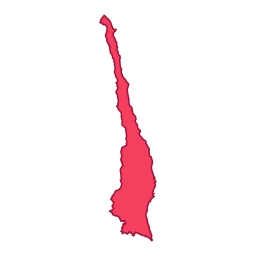 Valea Mare Pravat, Arges, Romania
{"feature_id": "2599482B14695579023436", "entity_name": "Valea Mare Pravat", "entity_type": "district", "adm_level": 2, "iso_a3": "ROU", "parent_name": "Romania", "parent_adm1": "Arges", "projection": "orthographic", "projection_center": [25.103, 45.372], "detail": "fine", "context": "isolated", "style": "filled", "palette": "rose", "viewbox_px": 256, "rotation_deg": 0, "n_neighbors": 0, "source": "geoboundaries", "source_scale": "gbopen_adm2", "svg_char_len": 5888}
<svg xmlns="http://www.w3.org/2000/svg" viewBox="0 0 256 256"><path d="M149.9,238.5L151.6,240.6L152.2,240.3L152.1,239.7L151.3,239.1L151.2,238.8L151.5,238.6L151.6,237.6L151.4,236.8L151.5,236.3L151.9,235.6L151.4,235.0L151.0,233.5L150.2,232.6L150.2,232.4L150.6,232.1L149.3,229.0L149.3,227.6L149.2,226.8L148.6,225.8L148.3,224.2L147.8,223.3L147.6,222.8L147.2,222.6L147.4,222.2L147.3,221.8L147.4,220.4L147.2,220.2L146.5,217.2L145.8,215.2L146.0,213.3L146.4,213.0L146.6,212.2L147.2,211.0L147.4,206.7L147.7,205.5L148.1,204.9L148.6,203.5L149.0,201.6L150.1,201.7L150.3,201.6L150.5,201.3L150.5,200.3L150.7,200.1L151.0,199.3L152.9,197.3L153.7,196.9L154.0,196.5L154.1,196.3L153.3,195.5L152.5,194.2L153.2,193.9L152.5,193.8L153.9,188.7L155.5,185.5L154.8,183.2L154.4,182.7L155.7,182.1L155.9,181.6L153.8,178.5L154.8,178.2L154.7,177.7L154.8,177.5L153.7,176.5L153.8,176.3L152.1,171.3L152.1,170.6L151.6,170.2L151.4,169.3L151.7,168.4L151.5,167.8L151.4,166.4L152.0,164.6L152.4,162.5L152.2,160.3L151.5,158.5L151.2,156.9L150.9,156.7L149.9,156.0L149.2,155.5L149.3,154.7L149.0,150.4L149.1,149.8L149.4,149.2L149.3,148.8L147.4,146.2L146.9,144.8L146.5,144.4L145.9,143.2L146.0,142.4L145.8,141.4L141.7,137.8L140.9,136.5L140.1,135.8L139.2,134.4L139.1,134.2L139.4,133.4L139.2,133.1L139.4,132.4L140.3,131.8L140.3,130.5L138.1,128.6L137.5,127.2L137.5,125.0L136.8,124.3L136.8,124.0L136.3,123.7L136.0,122.6L135.3,122.1L135.2,121.0L136.0,119.0L135.6,116.9L134.4,115.1L133.6,114.5L132.8,112.9L132.6,111.7L132.2,111.1L132.4,109.9L131.8,108.7L131.8,108.4L132.0,107.9L131.9,107.7L129.8,105.4L129.1,104.1L128.8,101.9L128.9,99.9L128.7,98.3L128.2,96.5L128.0,94.9L127.6,93.7L127.7,92.5L127.1,91.0L127.3,89.2L127.5,88.9L127.6,87.7L128.0,86.9L128.6,84.8L128.7,84.0L126.7,81.9L125.4,79.5L123.8,78.0L122.9,76.6L122.6,76.1L122.2,74.5L121.4,73.2L121.3,72.5L121.5,71.6L121.2,70.8L121.2,70.3L121.5,69.5L121.6,69.1L120.8,67.8L120.4,66.8L120.1,65.2L120.1,63.8L119.8,62.7L120.0,61.7L119.7,60.3L119.7,59.4L120.2,58.1L120.0,56.3L119.7,55.4L118.8,55.0L118.1,53.9L118.0,53.1L118.2,52.6L117.9,51.7L117.6,51.4L117.6,50.8L117.1,49.8L116.9,49.1L117.0,48.4L117.4,47.7L117.6,47.0L116.6,46.2L116.7,45.0L116.6,44.4L116.7,43.6L116.5,42.1L115.5,40.7L115.0,39.3L115.0,38.7L113.4,36.2L113.1,35.1L113.3,34.3L113.4,32.8L113.5,32.5L114.6,31.8L115.6,30.7L115.9,29.9L115.9,29.4L114.7,29.7L112.9,28.6L112.6,27.9L112.5,27.3L111.8,26.0L111.7,25.4L110.6,22.5L109.7,20.9L108.9,20.1L108.8,19.7L108.3,19.1L106.2,17.6L106.1,17.1L105.6,16.6L104.1,15.4L103.3,16.7L101.9,18.1L100.8,20.1L100.6,20.6L100.5,21.9L100.2,22.2L100.1,22.7L100.4,22.9L101.8,22.9L102.1,23.4L102.7,24.2L103.7,24.6L105.0,24.7L105.8,25.3L107.0,27.1L107.1,29.2L106.6,32.4L105.6,34.9L105.7,36.3L106.9,39.4L106.8,40.7L107.0,41.3L107.8,42.9L108.0,43.5L109.3,45.5L109.4,46.7L109.8,47.0L109.9,48.5L109.8,49.3L110.2,50.4L110.3,52.4L110.5,52.9L111.7,54.2L112.4,56.1L112.6,57.9L112.9,58.5L113.5,59.0L114.0,60.1L114.1,60.8L113.9,61.7L114.7,63.0L114.8,63.5L114.4,64.4L115.3,68.4L114.9,69.6L114.4,72.0L115.3,74.2L115.6,76.2L116.2,77.0L116.7,78.2L117.2,78.7L117.7,80.0L117.4,81.6L117.0,82.3L116.5,82.4L116.2,82.8L116.5,82.9L116.7,83.4L116.8,83.4L117.0,83.9L117.4,85.7L117.1,85.9L117.5,86.1L117.5,86.7L117.9,87.6L117.9,88.4L117.2,90.0L116.9,90.0L116.7,90.6L116.5,91.0L116.3,91.1L116.4,91.5L116.2,91.8L116.1,92.5L116.2,92.9L117.0,94.1L117.1,94.6L117.5,95.4L117.9,98.4L118.4,100.5L118.2,102.3L118.0,102.7L117.8,105.5L117.6,106.0L116.9,106.1L116.6,106.3L117.7,107.3L117.9,108.2L118.3,109.2L120.8,112.1L121.4,113.4L121.5,114.8L121.2,115.8L121.5,116.9L121.4,117.2L121.5,118.1L121.9,119.4L122.2,119.9L122.2,122.5L121.9,124.0L122.3,125.1L122.9,125.9L124.3,126.9L124.9,127.7L125.5,127.9L125.5,128.2L125.9,129.1L125.8,130.4L126.1,131.1L125.9,131.5L126.2,132.1L126.2,133.2L126.4,133.7L126.6,135.2L126.4,135.9L126.6,136.7L126.0,138.3L126.0,139.0L126.5,140.3L126.6,140.8L126.6,142.8L126.4,143.7L126.6,144.2L126.5,145.2L126.3,145.5L125.4,145.8L124.5,146.6L123.0,146.8L122.5,147.2L121.6,148.6L121.5,149.3L121.8,149.7L121.7,150.0L121.2,150.6L121.0,151.3L120.9,151.8L120.9,152.4L121.5,153.8L121.5,155.2L121.8,156.2L121.5,157.3L120.8,159.0L121.2,159.6L121.1,160.5L121.5,160.3L121.6,160.5L121.6,161.2L121.9,161.9L121.8,162.4L122.2,164.1L122.5,164.4L122.7,164.9L123.1,165.1L123.1,165.3L122.0,166.4L120.6,168.7L120.4,169.6L120.3,170.6L120.8,172.8L121.0,173.2L120.8,173.6L120.9,174.3L121.2,175.0L121.0,175.8L121.0,176.8L121.5,178.7L121.0,179.6L120.6,179.8L120.9,180.1L120.6,180.7L121.4,183.1L121.8,183.4L121.9,183.9L120.7,187.8L118.0,190.3L117.6,190.4L117.3,190.3L115.4,191.0L115.2,191.3L114.5,193.5L113.2,195.1L112.5,195.5L112.6,195.8L112.0,196.9L112.1,197.6L111.2,198.2L111.3,198.6L110.9,199.2L111.9,200.1L112.0,200.7L112.4,201.0L113.5,202.4L114.0,202.6L113.1,204.5L112.3,205.7L112.6,205.7L112.5,206.7L112.7,207.1L113.6,208.5L112.8,209.3L111.9,210.1L110.1,210.9L110.5,211.2L110.3,211.4L110.6,211.4L111.2,212.3L112.1,212.8L112.0,213.0L112.1,213.3L112.6,213.9L112.6,214.2L112.7,214.6L115.2,215.7L115.9,215.9L116.5,215.8L117.0,216.2L118.1,216.2L118.9,216.7L118.9,217.2L119.4,217.8L119.6,217.9L119.8,218.5L120.1,218.6L120.1,219.1L120.0,219.3L120.4,219.7L120.5,220.1L121.0,221.2L122.4,220.9L122.7,221.3L123.3,221.2L124.0,220.6L124.6,220.7L124.2,221.6L125.2,222.2L125.2,223.0L125.5,223.5L123.2,223.9L123.1,224.7L123.9,224.9L123.0,225.9L121.9,227.5L122.7,228.3L122.1,228.8L122.0,229.7L121.7,230.5L121.1,231.2L121.8,231.3L122.2,232.6L122.3,232.3L122.7,232.3L123.1,232.1L123.2,232.4L123.0,233.2L124.5,232.6L125.4,232.8L126.3,233.4L126.9,233.7L127.1,234.0L128.6,232.9L128.4,232.8L128.7,232.3L129.3,231.9L130.5,232.1L130.8,232.3L131.0,233.2L131.3,233.4L132.1,233.4L132.4,233.7L132.6,234.8L132.5,235.3L133.5,235.7L134.0,235.6L133.9,235.2L135.6,232.3L137.4,233.2L138.8,233.3L139.6,234.1L139.8,233.8L140.9,234.7L141.7,234.8L142.0,235.3L144.5,235.8L145.6,236.6L146.2,236.5L147.2,236.7L149.9,238.5Z" fill="#f43f5e" stroke="#9f1239" stroke-width="1.5"/></svg>